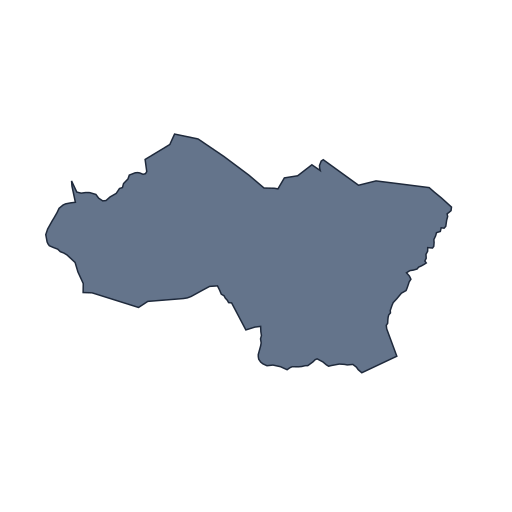 outline of Caicó, Rio Grande do Norte, Brazil, rotated 258°
{"feature_id": "56859067B32446834792764", "entity_name": "Caicó", "entity_type": "district", "adm_level": 2, "iso_a3": "BRA", "parent_name": "Brazil", "parent_adm1": "Rio Grande do Norte", "projection": "orthographic", "projection_center": [-37.055, -6.462], "detail": "fine", "context": "isolated", "style": "filled", "palette": "slate", "viewbox_px": 512, "rotation_deg": 258, "n_neighbors": 0, "source": "geoboundaries", "source_scale": "gbopen_adm2", "svg_char_len": 2217}
<svg xmlns="http://www.w3.org/2000/svg" viewBox="0 0 512 512"><g transform="rotate(258 256 256)"><path d="M320.6,54.8L313.2,54.6L311.0,55.1L309.0,56.0L306.5,59.5L303.9,63.5L300.9,65.5L298.9,68.6L296.4,71.3L287.3,77.7L277.4,78.5L265.0,81.3L256.2,79.3L254.1,87.9L252.2,91.3L230.1,130.4L234.1,140.7L229.5,176.0L229.3,180.1L229.9,184.1L234.0,197.7L235.9,204.3L234.8,212.1L230.2,213.3L225.9,214.1L223.7,216.5L221.2,217.2L218.5,218.8L216.1,219.5L215.2,222.4L185.8,230.7L186.7,240.1L186.2,245.9L180.9,245.0L177.1,244.8L174.0,243.2L169.9,243.0L167.0,241.8L159.1,237.7L157.0,237.3L154.5,237.2L151.3,238.5L149.1,240.3L146.4,243.9L145.8,249.9L142.6,257.0L138.3,262.8L139.6,265.7L140.2,268.3L138.8,274.5L138.4,277.7L138.5,281.2L138.0,283.9L140.6,289.7L142.3,292.3L142.7,294.4L138.5,299.4L134.9,302.2L133.1,304.1L133.2,306.9L133.0,315.0L131.6,320.0L130.5,322.6L129.8,328.2L126.4,331.1L123.6,332.3L119.8,335.2L128.7,372.9L157.5,368.7L161.1,369.0L162.8,370.8L166.2,371.7L168.6,372.5L170.8,373.6L172.4,375.7L174.8,376.0L179.5,378.8L181.9,380.5L184.9,384.8L189.4,390.5L191.0,395.6L193.2,397.1L196.5,399.1L198.8,400.4L201.1,402.7L204.4,401.9L208.3,399.7L209.7,403.5L209.5,407.0L209.8,410.9L211.3,412.7L211.9,415.6L212.9,418.8L213.8,421.1L216.0,420.1L218.4,422.0L222.3,422.6L225.0,424.9L228.5,425.7L227.1,430.3L228.5,431.9L232.2,433.0L235.1,433.4L238.4,435.9L241.3,437.4L241.7,441.4L245.1,443.0L244.1,445.8L245.6,447.8L251.3,449.9L254.8,451.7L257.5,451.7L258.5,453.8L259.8,456.2L263.2,457.4L274.3,449.4L281.4,443.7L286.9,439.6L296.4,412.4L304.5,389.0L304.4,385.7L303.9,371.0L336.2,341.8L335.3,339.5L331.3,336.9L328.4,336.5L326.2,336.6L333.6,329.6L325.8,313.4L326.5,300.0L317.1,291.4L318.4,288.2L320.8,278.0L336.5,265.9L359.8,245.5L382.5,223.7L392.2,201.7L383.0,194.9L373.5,167.6L361.3,166.7L359.5,165.0L359.4,162.5L361.4,159.6L362.2,157.6L362.5,155.1L361.5,148.9L358.0,146.8L354.4,141.5L350.7,139.6L350.4,136.5L346.3,132.3L344.1,125.5L341.4,120.8L341.8,117.5L345.3,114.1L349.5,112.2L352.6,106.5L353.5,102.6L353.8,98.1L355.8,94.0L364.7,91.9L367.8,91.2L362.5,90.5L346.1,90.5L346.5,86.0L346.6,80.6L346.0,77.9L343.6,73.3L339.9,70.5L335.3,66.4L332.9,64.1L325.7,57.8L320.6,54.8Z" fill="#64748b" stroke="#1e293b" stroke-width="1.5"/></g></svg>